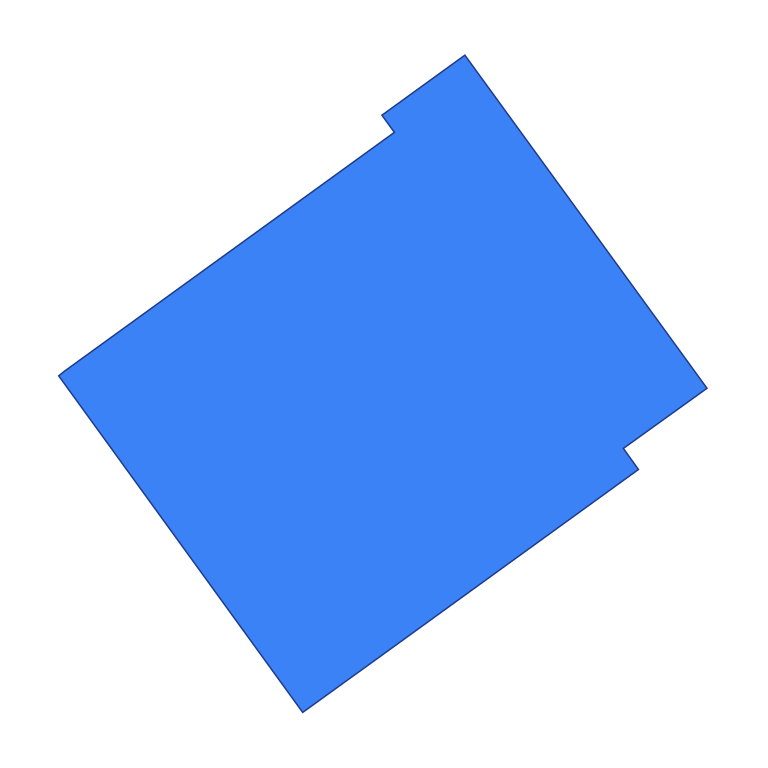 the district of Griggs, North Dakota, United States of America, rotated 234°
{"feature_id": "52423323B60878721807061", "entity_name": "Griggs", "entity_type": "district", "adm_level": 2, "iso_a3": "USA", "parent_name": "United States of America", "parent_adm1": "North Dakota", "projection": "albers", "projection_center": [-98.207, 47.456], "detail": "fine", "context": "isolated", "style": "filled", "palette": "blue", "viewbox_px": 768, "rotation_deg": 234, "n_neighbors": 0, "source": "geoboundaries", "source_scale": "gbopen_adm2", "svg_char_len": 303}
<svg xmlns="http://www.w3.org/2000/svg" viewBox="0 0 768 768"><g transform="rotate(234 384 384)"><path d="M602.5,642.7L602.7,540.3L581.5,540.3L582.2,133.1L581.8,125.6L166.1,125.2L165.8,227.3L165.3,539.6L191.2,539.8L190.7,642.8L602.5,642.7Z" fill="#3b82f6" stroke="#1e3a8a" stroke-width="1.5"/></g></svg>